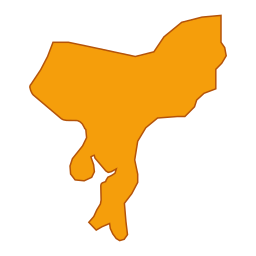 the border of Dubréka
{"feature_id": "GIN-5635", "entity_name": "Dubréka", "entity_type": "Prefecture", "adm_level": 1, "iso_a3": "GIN", "parent_name": "Guinea", "parent_adm1": "", "projection": "mercator", "projection_center": [-13.586, 9.952], "detail": "fine", "context": "isolated", "style": "filled", "palette": "amber", "viewbox_px": 256, "rotation_deg": 0, "n_neighbors": 0, "source": "natural_earth", "source_scale": "10m", "svg_char_len": 1167}
<svg xmlns="http://www.w3.org/2000/svg" viewBox="0 0 256 256"><path d="M88.8,222.3L93.8,216.5L96.8,209.9L100.4,204.0L101.1,200.1L100.8,185.8L101.1,184.1L102.2,182.9L105.6,181.6L106.2,180.0L107.9,177.2L111.5,175.5L115.0,173.2L116.3,168.9L111.2,171.7L108.2,172.4L105.8,170.9L95.0,158.1L94.2,155.3L93.2,155.6L92.5,155.9L90.9,156.9L93.6,164.7L94.4,171.7L91.7,177.3L84.2,180.8L75.1,179.9L70.6,174.0L70.0,166.0L72.4,158.7L82.6,145.9L86.6,137.7L85.8,129.5L84.6,128.4L84.6,128.0L82.3,123.9L80.2,121.9L77.8,120.7L76.3,120.5L66.7,120.4L63.8,119.9L62.5,119.4L61.3,118.7L33.3,95.0L32.2,93.6L31.3,91.9L30.6,90.2L29.8,87.0L30.2,85.3L31.2,84.0L40.6,69.9L47.6,56.5L53.0,42.3L68.5,42.3L87.7,46.3L135.3,56.5L153.9,51.8L164.0,36.8L181.7,22.3L202.0,17.1L221.0,15.4L221.0,42.3L224.7,47.6L226.2,55.8L221.7,63.3L215.8,69.3L215.8,88.8L204.0,93.3L196.7,100.0L194.5,106.8L184.9,116.5L177.5,116.5L157.6,118.0L145.8,127.7L137.7,141.2L134.7,159.9L137.7,174.2L137.7,182.4L131.8,193.6L124.4,203.3L125.9,221.3L127.5,234.6L124.2,239.3L119.7,240.6L116.2,238.5L112.8,233.9L110.3,228.5L109.6,223.5L102.1,226.7L96.2,230.1L88.8,222.3L88.8,222.3Z" fill="#f59e0b" stroke="#b45309" stroke-width="1.5"/></svg>